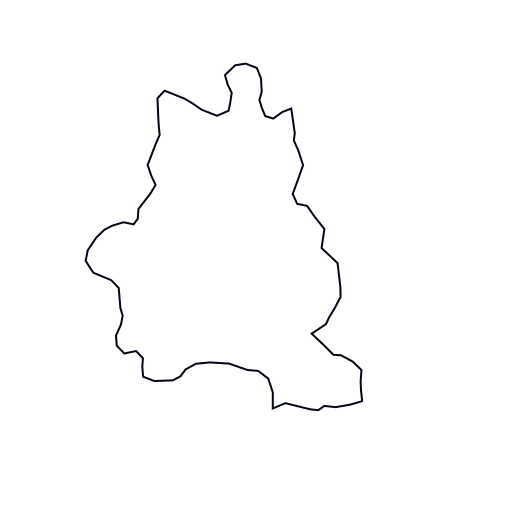 Galateia, Cyprus, rotated 121°
{"feature_id": "46923920B49628554196420", "entity_name": "Galateia", "entity_type": "district", "adm_level": 2, "iso_a3": "CYP", "parent_name": "Cyprus", "parent_adm1": "", "projection": "equal_earth", "projection_center": [34.075, 35.428], "detail": "fine", "context": "isolated", "style": "outline", "palette": "ink", "viewbox_px": 512, "rotation_deg": 121, "n_neighbors": 0, "source": "geoboundaries", "source_scale": "gbopen_adm2", "svg_char_len": 1431}
<svg xmlns="http://www.w3.org/2000/svg" viewBox="0 0 512 512"><g transform="rotate(121 256 256)"><path d="M94.4,352.1L96.4,363.9L103.3,372.1L116.9,375.8L123.8,368.4L128.6,360.9L137.4,357.2L145.6,354.3L155.9,361.7L158.6,378.0L157.9,389.1L157.9,398.0L160.0,411.3L161.4,419.5L167.7,420.9L171.6,421.7L180.5,415.8L187.3,411.3L194.8,406.2L201.7,401.0L212.6,399.5L224.9,397.3L233.8,395.8L241.3,386.9L246.8,378.7L257.0,378.7L276.2,381.0L285.0,376.5L291.9,377.2L295.3,386.9L304.2,395.0L311.7,399.5L322.6,402.4L337.7,403.2L347.9,399.5L354.1,386.9L352.7,377.2L351.3,367.6L354.1,357.2L362.3,351.3L370.5,345.4L375.9,339.5L384.1,336.5L396.4,335.0L404.6,329.1L407.4,318.7L399.2,309.8L401.9,300.2L409.4,296.5L417.6,290.6L415.5,278.7L405.3,263.1L397.8,258.7L389.6,258.0L379.3,252.0L371.1,240.9L362.2,223.9L358.1,204.6L353.4,195.0L354.7,182.4L364.3,171.3L378.0,163.1L367.0,155.0L363.6,143.9L359.5,130.6L356.1,123.2L349.3,120.2L344.5,109.8L334.9,98.7L325.8,90.3L325.3,90.6L316.5,97.2L309.6,101.7L299.4,106.9L296.7,118.7L297.3,132.0L300.8,138.7L297.3,152.8L293.9,168.3L278.2,160.9L271.4,161.7L259.8,161.7L247.5,162.4L239.3,167.6L229.7,175.0L220.1,182.4L215.4,203.9L197.6,211.3L192.1,226.1L186.7,238.0L190.1,247.6L183.9,256.5L172.3,258.7L153.9,262.4L143.6,274.3L137.5,283.1L130.6,286.1L111.5,301.7L119.0,307.6L129.3,312.0L131.3,320.2L125.8,327.6L120.4,333.5L112.2,335.7L101.2,343.2L94.4,352.1Z" fill="none" stroke="#020617" stroke-width="2"/></g></svg>